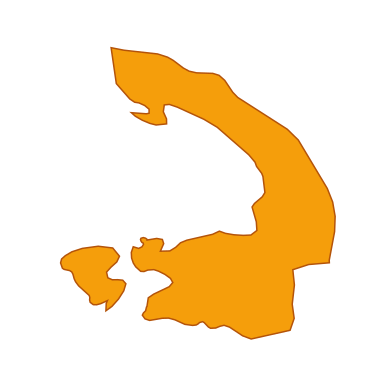 map outline of Zamboanga Sibugay (Natural Earth projection), rotated 83°
{"feature_id": "PHL-2521", "entity_name": "Zamboanga Sibugay", "entity_type": "Province", "adm_level": 1, "iso_a3": "PHL", "parent_name": "Philippines", "parent_adm1": "", "projection": "natural_earth1", "projection_center": [122.777, 7.618], "detail": "fine", "context": "isolated", "style": "filled", "palette": "amber", "viewbox_px": 384, "rotation_deg": 83, "n_neighbors": 0, "source": "natural_earth", "source_scale": "10m", "svg_char_len": 2149}
<svg xmlns="http://www.w3.org/2000/svg" viewBox="0 0 384 384"><g transform="rotate(83 192 192)"><path d="M345.1,151.2L340.9,159.3L330.7,171.2L328.2,176.4L328.7,180.7L329.9,185.0L329.5,190.2L328.0,192.2L323.1,195.8L322.0,197.3L322.5,200.4L323.7,202.1L324.5,204.0L324.5,207.6L322.5,215.2L316.8,224.5L314.3,230.6L313.7,236.9L314.3,249.7L312.2,254.1L308.2,256.3L306.2,255.0L304.2,252.5L300.6,251.2L300.2,250.7L291.7,248.3L288.7,242.5L283.2,226.1L279.5,222.1L275.1,223.9L270.4,229.0L266.5,234.9L264.4,239.3L264.1,245.4L265.1,249.3L264.5,252.6L259.4,257.0L255.4,258.9L250.2,260.0L244.6,259.6L239.2,257.0L241.5,251.8L240.3,248.3L238.0,246.5L236.7,246.7L236.0,247.8L234.5,248.6L232.8,248.9L231.7,248.3L231.3,245.9L232.2,243.7L233.5,242.4L234.2,242.5L233.8,232.7L235.5,227.2L239.8,226.4L246.9,230.6L247.8,221.2L244.9,214.9L241.0,209.6L239.2,203.0L236.5,176.7L234.2,169.6L237.1,163.9L239.6,155.5L241.3,146.4L241.9,138.8L238.1,132.3L229.4,131.8L214.2,134.2L211.0,131.4L205.3,122.8L201.4,119.7L185.2,119.7L181.9,120.6L174.5,124.8L170.1,125.8L162.0,131.1L130.8,159.1L121.3,171.3L106.0,196.2L102.3,203.8L102.2,208.9L108.9,210.7L116.3,208.4L121.3,208.9L121.1,219.5L118.8,225.4L114.7,232.6L109.9,239.0L105.9,242.5L108.8,227.8L108.6,225.0L104.6,224.5L100.4,228.4L97.1,233.8L95.9,238.0L92.1,242.4L75.2,253.9L38.9,254.7L43.0,242.2L50.8,209.3L55.2,199.8L59.0,194.7L67.9,185.5L71.7,180.2L74.3,172.9L76.8,156.9L79.5,150.9L85.2,145.9L98.0,139.4L103.7,135.1L103.8,135.0L141.3,89.8L149.1,83.6L153.3,80.2L205.0,57.3L219.1,53.6L233.6,52.9L248.7,55.3L276.4,64.1L279.0,64.3L278.2,85.0L281.4,101.4L296.8,101.7L315.6,106.2L329.9,106.0L341.2,111.5L345.1,151.2ZM299.4,291.9L292.1,290.7L289.5,289.2L291.7,296.2L292.3,300.4L291.8,303.7L289.1,306.5L286.7,306.8L284.3,306.3L282.2,306.6L271.3,316.0L266.9,318.5L263.8,319.5L259.1,320.2L256.7,321.1L255.1,323.0L253.2,328.4L251.9,329.9L246.4,331.1L242.6,329.6L239.7,325.4L236.7,318.5L234.6,307.7L234.4,291.7L237.9,277.5L246.9,271.8L252.3,275.2L256.7,281.5L261.1,286.6L266.9,286.0L269.4,281.8L270.0,276.4L271.1,271.5L275.0,268.8L281.8,271.8L289.3,278.0L295.8,285.4L299.4,291.9Z" fill="#f59e0b" stroke="#b45309" stroke-width="1.5"/></g></svg>